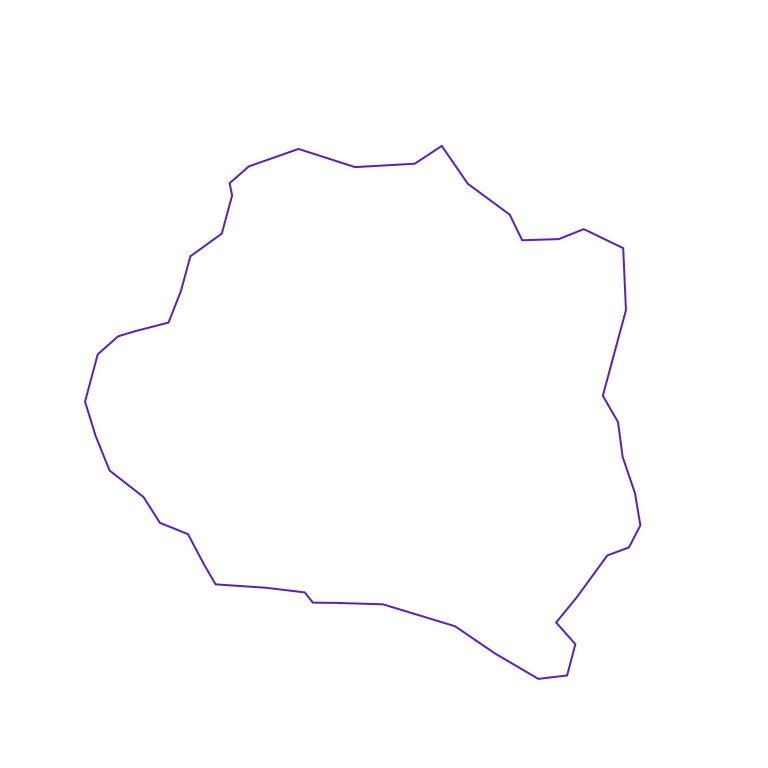 outline of Tidaholm, Västra Götaland, Sweden, rotated 105°
{"feature_id": "70781695B48750252514095", "entity_name": "Tidaholm", "entity_type": "district", "adm_level": 2, "iso_a3": "SWE", "parent_name": "Sweden", "parent_adm1": "Västra Götaland", "projection": "albers", "projection_center": [13.988, 58.167], "detail": "fine", "context": "isolated", "style": "outline", "palette": "violet", "viewbox_px": 768, "rotation_deg": 105, "n_neighbors": 0, "source": "geoboundaries", "source_scale": "gbopen_adm2", "svg_char_len": 777}
<svg xmlns="http://www.w3.org/2000/svg" viewBox="0 0 768 768"><g transform="rotate(105 384 384)"><path d="M405.7,651.5L406.8,653.2L429.4,668.2L478.4,668.2L508.5,649.3L538.6,626.7L555.4,587.1L576.1,564.5L579.8,534.4L604.2,511.8L621.1,494.8L611.5,446.0L605.8,406.6L613.6,396.1L607.9,373.9L597.1,328.1L599.6,252.7L615.6,207.0L628.9,158.6L618.1,131.7L585.8,131.8L569.8,156.0L540.2,142.6L491.8,123.9L478.4,105.1L454.2,99.8L424.7,113.2L392.5,134.7L360.2,148.1L350.0,158.3L338.7,169.6L250.1,169.4L190.9,188.1L182.7,231.1L198.8,252.7L209.4,287.7L187.9,306.4L168.9,354.9L139.1,389.8L163.3,411.4L182.0,468.1L179.1,527.5L208.7,570.8L230.0,585.1L241.2,579.5L280.7,579.6L310.8,604.1L346.5,604.2L380.4,608.0L397.4,638.1L405.7,651.5Z" fill="none" stroke="#5b21b6" stroke-width="2"/></g></svg>